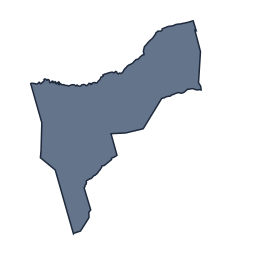 Ebebiyin, Kié-Ntem, Equatorial Guinea, rotated 254°
{"feature_id": "11065452B6027875666302", "entity_name": "Ebebiyin", "entity_type": "district", "adm_level": 2, "iso_a3": "GNQ", "parent_name": "Equatorial Guinea", "parent_adm1": "Kié-Ntem", "projection": "albers", "projection_center": [11.284, 1.979], "detail": "fine", "context": "isolated", "style": "filled", "palette": "slate", "viewbox_px": 256, "rotation_deg": 254, "n_neighbors": 0, "source": "geoboundaries", "source_scale": "gbopen_adm2", "svg_char_len": 3926}
<svg xmlns="http://www.w3.org/2000/svg" viewBox="0 0 256 256"><g transform="rotate(254 128 128)"><path d="M144.4,208.8L148.0,209.4L152.2,208.3L181.4,218.7L192.4,219.0L203.5,219.2L202.7,220.4L213.1,220.2L213.1,219.5L213.1,219.4L213.2,218.7L213.0,217.4L213.1,215.7L213.1,214.8L213.1,213.8L213.2,212.1L213.4,210.4L213.5,208.9L213.5,208.2L213.6,206.9L213.9,205.6L214.2,204.0L214.2,203.3L214.3,202.1L214.2,201.4L213.9,200.0L213.9,199.8L214.0,197.8L214.1,197.5L214.4,196.0L214.5,193.5L214.2,191.4L214.0,189.3L213.9,188.3L212.6,187.5L212.1,186.6L212.2,186.0L212.2,185.5L212.3,185.3L212.9,183.5L211.9,181.4L211.8,181.1L211.3,180.7L210.3,179.9L209.3,178.6L207.9,176.9L207.4,176.1L207.0,175.4L206.9,175.1L206.0,173.2L204.5,170.5L203.4,169.1L202.7,167.9L201.6,166.2L199.9,165.2L198.1,164.2L197.6,164.0L196.8,163.7L195.4,163.9L194.5,163.6L194.0,163.4L194.1,162.6L194.2,161.9L193.9,161.3L193.5,160.6L193.1,159.4L192.2,158.3L191.6,157.0L191.4,155.8L191.6,154.6L190.8,153.3L190.3,152.1L189.4,151.1L188.8,149.4L188.4,147.4L188.3,146.0L187.6,144.3L186.5,142.7L186.2,141.9L185.1,140.3L183.7,139.1L182.7,137.5L182.3,136.1L183.0,135.4L183.2,134.8L182.7,133.6L183.5,132.7L183.8,132.6L185.0,132.6L185.2,132.4L185.5,132.1L185.6,131.9L185.8,131.5L185.7,131.3L185.4,131.1L185.2,130.9L184.9,129.6L186.1,128.2L186.3,126.0L186.3,123.9L186.2,122.2L186.2,120.7L186.1,119.5L185.9,118.5L184.8,118.5L184.4,117.1L184.4,116.1L183.5,115.5L182.2,114.3L181.4,112.6L180.7,111.7L180.0,110.6L180.0,109.7L180.8,108.9L181.0,108.1L181.1,106.6L180.5,105.7L180.1,104.9L180.1,104.4L180.2,104.2L180.4,104.2L180.8,104.6L181.0,104.6L181.3,103.3L181.7,102.9L180.9,101.8L180.1,100.4L180.3,99.5L181.4,98.6L181.9,97.8L182.2,96.5L182.2,95.2L181.5,94.4L181.4,93.1L181.9,92.2L182.3,91.7L183.3,91.0L183.4,90.8L183.4,90.7L182.9,90.0L182.8,89.7L182.9,89.4L183.0,89.2L184.3,88.3L184.8,87.2L185.0,86.2L185.0,84.8L185.0,84.4L184.8,83.4L184.7,82.4L185.6,81.3L186.0,80.3L186.4,79.1L187.4,78.3L187.7,76.5L188.7,75.8L189.3,75.1L188.6,73.7L188.8,73.5L188.9,73.4L189.2,73.3L189.8,74.0L190.3,74.5L190.5,74.5L191.1,74.4L191.3,74.3L191.4,74.1L191.4,73.7L190.6,73.2L190.9,72.6L191.0,72.5L191.0,72.4L190.3,71.6L190.2,71.3L190.2,71.2L191.0,70.6L191.3,70.6L191.7,71.0L192.0,71.1L192.3,71.0L192.6,70.8L192.7,70.7L192.2,69.2L192.1,68.7L192.2,68.4L192.4,68.2L192.7,68.1L192.9,68.2L193.3,68.7L193.7,68.7L193.8,68.5L193.9,68.2L193.9,67.9L193.8,67.6L193.2,67.1L193.0,65.9L193.0,65.6L193.1,65.4L193.8,65.3L194.9,65.5L195.7,65.3L196.3,65.0L196.6,64.6L196.7,64.4L196.5,63.9L196.3,63.5L196.2,63.3L196.3,63.1L197.1,62.8L197.7,62.2L197.9,61.9L198.1,61.5L198.0,61.0L197.8,60.6L197.3,60.5L196.8,60.6L196.6,60.5L196.0,59.7L195.5,58.3L194.7,56.8L194.7,56.4L194.8,56.0L195.0,55.8L196.1,55.6L196.4,55.4L196.4,55.1L196.4,54.9L196.0,54.3L195.4,53.1L195.3,52.6L196.2,51.0L196.9,49.6L197.3,48.5L197.6,47.8L197.6,47.2L197.5,46.7L156.8,46.6L130.3,38.2L123.6,35.6L107.7,46.5L41.5,46.4L41.6,46.5L41.9,50.4L42.0,53.8L44.3,56.5L52.6,65.8L57.7,67.1L59.1,68.9L59.6,69.6L82.5,69.3L83.3,70.2L83.3,70.3L83.5,70.4L83.6,70.5L84.5,70.7L85.0,71.2L85.4,72.0L85.6,72.1L85.7,72.3L86.7,72.9L86.9,72.9L87.0,73.0L88.2,73.1L88.9,73.9L89.2,75.4L89.3,76.2L89.4,76.4L89.4,76.5L89.9,77.2L89.6,77.9L89.6,78.1L89.5,78.3L89.6,78.6L90.3,80.1L90.5,80.3L90.9,80.8L91.5,81.8L91.7,83.5L91.8,83.6L92.5,85.3L93.1,86.2L93.7,87.1L94.1,87.3L95.5,89.6L96.9,91.1L97.9,92.1L98.0,92.1L98.6,92.4L98.6,92.7L98.6,93.5L98.6,94.4L98.5,94.9L102.2,103.4L102.3,103.4L102.4,103.5L103.3,103.7L103.7,104.7L103.7,106.0L104.2,108.1L104.6,109.3L104.8,109.9L127.2,110.1L123.9,124.4L123.1,142.4L147.2,168.6L147.1,169.7L147.0,171.1L147.4,172.6L147.5,173.5L147.4,174.6L147.3,175.7L147.0,177.3L147.8,179.3L147.7,180.8L148.1,182.9L148.2,184.7L148.1,186.2L147.4,187.6L146.7,188.9L146.7,190.6L147.1,192.4L147.7,193.5L147.9,193.9L148.8,195.9L148.6,197.1L148.3,199.0L147.9,201.4L146.7,202.8L145.5,205.0L145.2,207.3L144.4,208.8Z" fill="#64748b" stroke="#1e293b" stroke-width="1.5"/></g></svg>